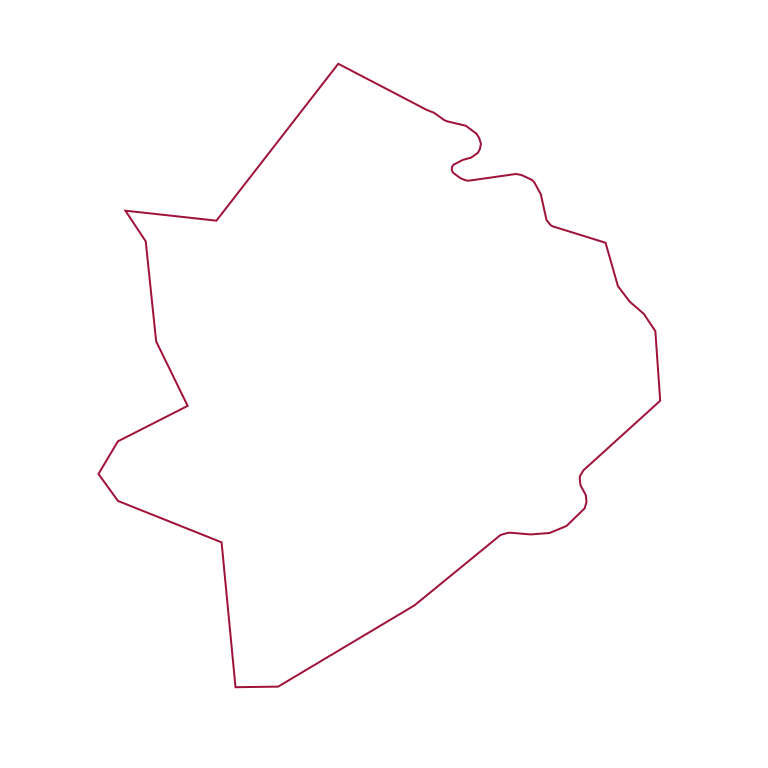 the London Borough of Barnet, rotated 275°
{"feature_id": "GBR-5705", "entity_name": "Barnet", "entity_type": "London Borough", "adm_level": 1, "iso_a3": "GBR", "parent_name": "United Kingdom", "parent_adm1": "", "projection": "robinson", "projection_center": [-0.185, 51.612], "detail": "fine", "context": "isolated", "style": "outline", "palette": "rose", "viewbox_px": 768, "rotation_deg": 275, "n_neighbors": 0, "source": "natural_earth", "source_scale": "10m", "svg_char_len": 908}
<svg xmlns="http://www.w3.org/2000/svg" viewBox="0 0 768 768"><g transform="rotate(275 384 384)"><path d="M269.5,107.4L303.7,123.9L345.1,190.3L406.6,153.3L505.3,134.2L534.1,111.3L532.1,202.8L699.0,310.5L660.8,402.6L658.6,410.1L652.2,420.9L651.1,424.3L648.4,443.0L641.4,454.3L637.3,457.4L631.8,459.6L626.6,459.1L622.5,457.4L617.1,451.0L614.1,443.0L608.7,434.4L606.6,433.0L604.7,432.8L602.7,433.0L600.5,434.4L595.8,442.0L594.2,447.0L593.9,448.9L594.0,451.0L604.7,497.0L604.2,502.7L600.2,513.6L598.2,516.0L586.6,523.7L561.5,531.6L556.8,536.1L555.7,538.5L544.0,592.4L501.9,608.5L487.4,621.6L476.5,636.7L460.3,649.7L391.4,660.6L315.3,590.1L309.8,587.5L307.4,587.1L300.2,588.6L290.7,594.8L284.0,596.0L277.6,594.7L258.5,578.2L250.0,561.9L246.9,543.0L246.9,523.3L246.4,520.2L243.8,513.3L166.2,433.7L73.3,304.9L69.0,262.5L212.1,236.0L244.3,129.2L269.5,107.4Z" fill="none" stroke="#9f1239" stroke-width="2"/></g></svg>